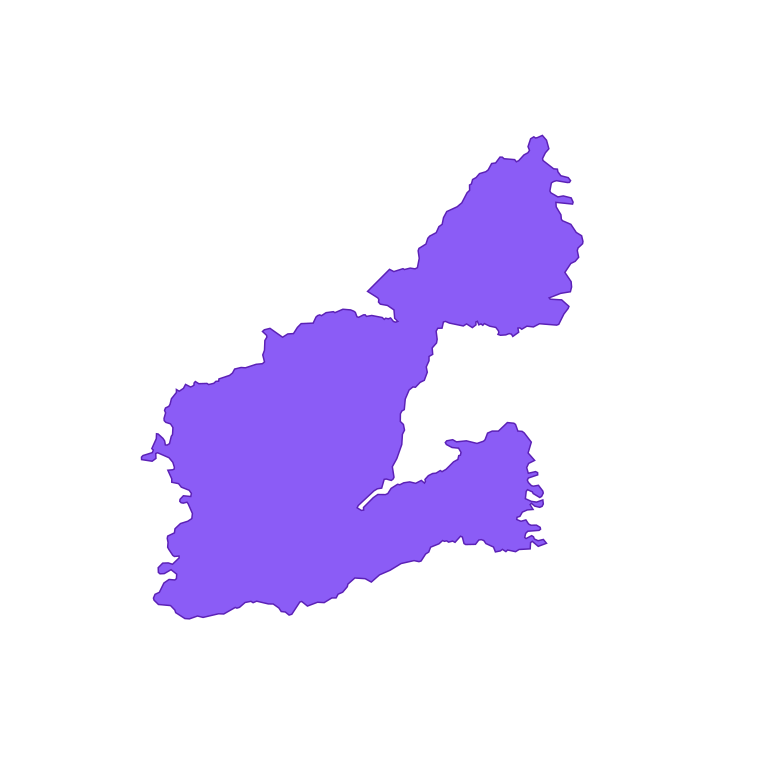 Curvelo, Minas Gerais, Brazil (Albers equal-area conic projection), rotated 19°
{"feature_id": "56859067B91333590661662", "entity_name": "Curvelo", "entity_type": "district", "adm_level": 2, "iso_a3": "BRA", "parent_name": "Brazil", "parent_adm1": "Minas Gerais", "projection": "albers", "projection_center": [-44.407, -18.753], "detail": "fine", "context": "isolated", "style": "filled", "palette": "violet", "viewbox_px": 768, "rotation_deg": 19, "n_neighbors": 0, "source": "geoboundaries", "source_scale": "gbopen_adm2", "svg_char_len": 6169}
<svg xmlns="http://www.w3.org/2000/svg" viewBox="0 0 768 768"><g transform="rotate(19 384 384)"><path d="M563.0,499.7L565.6,496.5L575.9,492.3L574.2,486.2L575.4,484.5L582.7,487.3L589.5,481.7L585.3,479.1L580.7,482.0L576.6,481.6L575.1,479.8L573.0,479.3L568.6,483.9L567.0,483.3L566.6,479.1L567.9,476.4L578.3,471.9L579.3,470.3L578.3,468.7L574.1,467.8L568.9,469.7L566.3,469.3L562.4,466.3L558.2,469.2L553.6,468.9L553.2,466.7L555.6,464.9L556.5,460.1L560.5,456.4L565.8,454.1L561.4,450.5L562.2,448.8L566.3,450.4L571.4,449.9L573.3,448.2L573.7,445.6L571.9,441.9L566.7,446.0L561.4,447.0L555.0,446.4L553.4,439.2L554.1,437.2L559.4,437.7L560.7,439.0L568.2,440.6L569.6,439.0L570.1,435.3L569.0,433.5L563.0,429.5L558.5,432.0L556.5,432.1L552.5,430.1L550.8,428.2L551.1,425.9L558.9,419.9L558.1,417.8L555.8,417.5L549.5,421.4L546.1,416.6L546.6,412.0L551.3,407.2L542.7,402.3L542.2,391.0L532.5,384.6L530.0,383.8L525.9,384.9L521.5,379.4L519.6,378.8L513.2,380.3L507.5,391.3L501.6,393.3L497.9,396.7L497.7,403.8L496.7,405.7L491.3,409.9L480.4,410.9L471.3,415.1L467.1,414.3L461.8,417.3L461.0,419.4L462.7,420.9L469.0,421.9L475.4,420.4L479.1,423.6L479.4,426.4L478.0,427.4L478.4,431.3L475.1,435.0L470.5,444.4L467.4,448.0L465.4,447.5L462.3,451.3L459.1,452.8L455.8,456.2L453.8,460.9L454.9,462.6L454.5,464.5L450.7,463.0L446.3,467.6L440.2,468.2L434.8,471.0L431.8,474.1L429.5,474.4L424.7,480.4L423.3,486.3L421.4,488.1L414.1,490.5L410.9,494.9L404.8,507.4L405.8,509.8L403.8,510.9L398.9,509.8L399.2,507.3L409.3,488.3L411.9,485.2L415.7,483.2L415.2,474.1L417.1,473.1L422.3,472.8L423.6,470.8L423.8,468.9L418.8,459.5L420.4,450.4L420.5,435.4L417.8,425.6L418.4,420.9L415.5,415.9L411.6,414.1L409.2,406.8L409.7,403.7L411.5,401.6L409.0,391.3L409.7,381.5L412.3,377.4L414.8,376.8L417.6,370.7L420.9,367.4L421.1,358.8L418.4,354.1L419.0,347.4L417.6,343.3L420.4,340.1L417.8,334.2L420.3,328.1L419.7,324.4L416.1,317.1L416.7,313.8L420.7,312.3L420.0,306.0L421.8,304.8L426.0,305.1L440.1,303.3L442.5,300.3L449.2,301.9L451.7,298.1L450.7,295.5L451.9,294.3L454.4,297.2L456.1,295.6L458.3,296.3L459.2,294.2L465.2,294.9L471.3,294.1L474.8,296.4L475.8,297.9L475.6,300.0L478.2,300.0L483.2,297.9L485.9,295.6L488.3,295.4L490.3,297.1L494.5,291.2L492.4,287.6L494.1,286.7L496.4,287.4L500.3,282.8L506.7,281.4L511.4,276.4L528.1,272.1L529.8,270.7L531.3,259.3L533.5,252.7L533.6,250.4L524.6,246.6L513.6,249.7L512.1,248.8L521.5,240.8L530.2,236.1L529.8,231.2L527.6,226.3L518.7,219.6L521.4,209.2L524.8,205.8L526.8,200.8L523.3,194.9L523.2,192.1L526.1,186.7L525.7,184.4L522.6,179.5L516.4,178.1L508.7,172.2L499.5,171.5L498.0,170.4L496.2,166.4L489.2,160.5L487.4,156.3L503.7,152.5L503.6,150.5L500.4,147.1L492.3,147.8L487.5,150.5L479.5,148.9L478.0,147.5L476.8,139.4L478.4,137.4L480.9,135.6L491.8,133.8L493.7,133.0L494.2,131.0L491.0,128.9L483.4,129.5L479.3,126.7L478.0,124.4L474.3,125.3L461.5,120.9L460.5,119.1L461.3,112.9L463.3,107.9L458.3,100.6L452.8,97.4L448.7,101.2L447.1,102.1L445.2,101.5L442.8,104.4L442.9,112.7L445.5,115.7L444.8,118.5L441.7,121.9L438.7,128.9L436.8,130.8L434.5,129.3L424.2,131.9L422.0,131.0L419.8,131.7L417.6,138.6L414.0,140.5L412.8,147.6L411.2,150.1L405.8,154.0L403.9,158.8L401.2,161.8L401.5,166.4L400.1,168.0L401.9,173.0L400.3,176.1L398.6,187.4L395.4,192.7L387.2,200.5L386.1,207.3L387.0,214.1L384.7,217.3L384.1,223.9L379.1,229.2L378.0,231.9L378.1,238.0L372.9,244.4L372.9,246.9L376.4,253.7L377.7,263.1L375.9,265.0L371.0,265.9L366.1,269.1L364.4,268.8L356.7,274.5L351.9,273.8L338.3,301.8L350.1,304.6L351.6,305.8L352.1,308.3L354.5,309.7L361.7,308.6L369.3,310.7L372.7,318.4L376.7,320.3L374.8,321.8L372.6,321.8L368.7,319.4L366.8,321.0L364.2,321.2L363.2,322.8L360.7,321.7L350.1,323.2L345.4,325.8L343.7,324.7L342.1,325.3L338.3,329.2L336.5,329.2L333.6,325.6L331.8,325.0L328.3,324.8L320.8,326.7L314.4,332.5L312.6,332.1L306.0,335.4L302.7,339.7L300.7,339.6L299.0,340.9L297.9,342.8L297.2,349.5L286.0,353.9L283.7,358.7L282.0,365.8L276.7,368.0L272.9,372.8L258.1,368.5L253.2,371.7L252.0,373.9L257.1,376.2L258.0,377.8L257.2,381.6L260.0,391.0L259.9,396.0L263.8,402.0L262.4,404.4L256.7,407.0L247.7,413.8L243.5,414.9L237.9,418.5L237.2,422.9L235.2,426.1L226.3,432.9L226.7,435.2L224.2,436.2L222.8,438.8L218.4,441.6L216.4,441.1L208.8,444.0L204.8,443.1L204.1,444.9L204.7,446.9L203.6,448.5L202.0,449.8L196.5,449.0L195.8,453.4L192.7,457.5L189.5,456.8L190.5,459.6L187.8,467.1L188.3,472.9L187.8,475.2L185.2,477.8L185.1,480.4L186.9,482.4L187.2,488.1L188.1,490.2L190.2,491.3L195.1,491.2L198.6,493.9L200.5,500.6L199.9,502.7L200.6,510.2L198.9,512.3L197.1,512.8L195.1,509.2L192.7,507.4L186.7,504.8L185.1,505.1L186.5,509.8L185.5,520.7L187.4,521.5L187.3,524.3L179.4,530.1L178.5,532.1L179.4,534.4L189.9,532.5L192.6,528.6L190.8,524.0L192.3,522.7L204.7,523.7L209.8,526.8L212.9,531.0L213.3,532.7L212.1,533.9L207.7,535.9L214.2,542.8L215.3,546.0L222.2,545.1L225.9,547.5L234.4,547.9L237.5,550.2L237.9,553.3L230.7,555.0L228.7,559.4L229.1,561.4L230.8,562.3L233.0,562.0L236.2,559.9L237.8,561.0L245.0,568.8L246.1,573.8L243.2,577.6L237.0,582.2L233.5,588.9L234.3,593.0L229.0,598.2L229.3,600.5L231.4,604.1L232.6,608.8L234.6,610.6L240.1,614.8L242.0,615.3L246.2,613.4L246.9,615.1L242.7,623.3L238.3,623.4L233.1,625.4L230.3,631.2L232.0,635.6L234.0,636.4L238.0,634.8L243.1,628.9L249.9,631.3L251.1,635.6L250.0,637.4L244.4,638.8L240.7,643.8L239.4,654.1L236.0,657.4L235.7,661.5L237.0,663.3L242.5,665.9L254.3,663.0L259.8,665.8L261.5,668.0L272.1,670.6L276.5,669.4L283.2,664.1L288.9,663.6L302.4,655.1L307.4,653.6L316.1,643.7L317.9,643.8L320.1,642.2L323.8,635.8L329.0,632.8L331.4,633.4L334.3,630.8L346.2,629.6L350.9,628.1L357.5,630.0L360.9,632.6L364.9,631.7L369.5,633.4L371.8,631.7L375.4,617.5L377.0,616.4L383.9,618.9L392.2,612.0L398.6,610.2L404.3,603.3L408.4,601.8L409.0,597.7L412.7,594.3L415.3,587.6L415.0,585.0L419.6,576.9L429.6,574.2L436.5,575.4L441.9,565.9L450.4,558.1L458.6,548.2L469.9,541.2L474.9,540.6L476.7,539.3L478.7,531.2L481.0,528.3L481.2,523.1L488.0,517.2L490.4,512.9L492.3,513.1L494.3,511.9L496.5,512.5L500.1,510.2L502.7,510.6L505.9,503.0L507.9,503.2L511.6,508.8L513.5,509.2L522.7,505.8L524.4,500.7L526.6,499.5L529.3,499.5L532.3,501.7L540.6,502.5L544.0,506.5L548.3,504.0L549.8,501.8L553.8,502.8L554.9,500.7L563.0,499.7Z" fill="#8b5cf6" stroke="#5b21b6" stroke-width="1.5"/></g></svg>